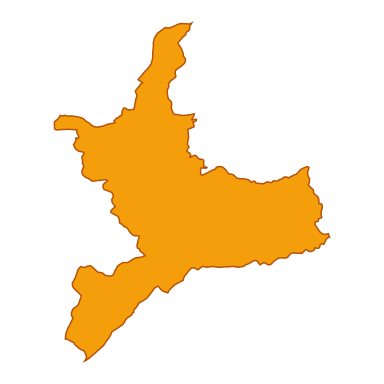 the district of Anh Son, Nghệ An, Vietnam
{"feature_id": "81297802B23970425053168", "entity_name": "Anh Son", "entity_type": "district", "adm_level": 2, "iso_a3": "VNM", "parent_name": "Vietnam", "parent_adm1": "Nghệ An", "projection": "albers", "projection_center": [105.043, 18.967], "detail": "fine", "context": "isolated", "style": "filled", "palette": "amber", "viewbox_px": 384, "rotation_deg": 0, "n_neighbors": 0, "source": "geoboundaries", "source_scale": "gbopen_adm2", "svg_char_len": 5960}
<svg xmlns="http://www.w3.org/2000/svg" viewBox="0 0 384 384"><path d="M191.7,23.0L189.8,24.0L181.8,23.5L179.3,23.8L170.2,27.8L167.6,27.9L165.3,27.5L157.7,33.1L156.4,34.8L154.6,37.8L153.3,42.7L153.4,46.7L152.8,51.8L152.6,58.6L151.2,63.6L150.5,65.0L147.3,69.1L143.6,72.9L141.7,75.6L138.1,79.3L138.3,79.9L142.6,82.5L142.6,83.0L140.6,84.1L140.0,84.7L139.6,85.8L135.5,90.7L135.4,91.8L136.6,94.4L137.0,95.7L135.8,99.4L134.0,109.3L128.1,110.0L125.0,108.0L124.1,108.0L123.6,108.3L122.8,109.6L122.3,110.8L121.6,115.2L120.2,115.9L117.7,117.9L116.4,118.1L115.7,119.3L113.9,120.7L115.0,122.3L115.0,122.8L108.2,124.1L103.2,126.0L99.7,126.8L97.4,127.1L94.3,126.7L91.5,125.2L89.6,123.3L86.1,121.3L84.1,119.4L81.7,117.9L77.8,116.9L74.4,116.3L71.0,115.9L67.6,116.1L64.5,115.3L62.0,116.0L60.0,115.5L59.5,116.9L57.9,118.9L54.8,121.6L54.4,122.2L54.5,128.3L55.0,129.2L55.9,129.8L57.6,129.9L61.9,129.5L68.8,129.3L76.7,129.8L76.8,132.6L78.5,136.1L78.8,137.5L78.1,137.9L75.8,138.1L75.7,138.6L76.2,139.9L76.1,140.2L73.6,144.6L74.5,147.1L75.2,148.3L76.5,149.7L78.9,151.3L82.8,152.0L84.0,153.1L84.0,153.8L81.8,156.9L82.5,160.1L82.6,164.0L83.8,165.9L82.0,170.8L82.0,172.8L82.3,174.0L83.0,175.1L85.5,177.3L88.5,178.5L92.3,181.2L106.2,179.6L107.6,180.6L103.6,184.1L103.2,184.7L103.0,186.6L103.5,188.5L104.1,189.3L105.0,189.8L110.6,191.9L111.9,192.7L112.8,194.1L113.3,197.0L112.2,198.4L111.9,199.4L111.9,201.2L112.2,202.5L115.3,206.7L114.3,207.4L111.4,210.3L110.9,211.1L110.8,212.1L111.2,212.7L117.4,216.1L118.5,217.1L119.4,220.0L119.4,221.7L119.8,223.1L122.5,224.7L124.1,226.6L127.2,227.9L129.3,231.3L130.6,233.0L132.4,234.7L133.9,235.6L135.2,235.9L137.5,235.7L138.9,236.1L139.1,236.6L139.0,237.5L138.3,239.3L136.9,245.8L137.5,248.2L138.6,248.4L139.2,248.8L140.0,251.0L143.5,253.7L145.1,255.8L143.2,256.3L141.6,257.1L136.8,257.7L134.9,258.2L132.2,259.6L129.0,261.9L127.9,262.4L126.3,262.6L122.9,262.6L119.6,264.5L117.3,266.4L116.1,268.9L114.8,270.8L114.0,273.5L113.5,274.5L111.6,275.9L109.8,276.1L106.1,275.5L105.0,275.2L103.1,273.4L102.2,272.9L97.8,272.1L91.7,266.4L90.3,265.8L87.2,266.2L84.6,267.5L83.7,267.4L81.3,266.6L80.8,266.7L79.1,268.1L77.8,270.2L75.8,276.4L74.7,278.8L72.6,282.7L72.3,283.7L72.4,284.8L72.7,286.4L73.9,288.4L77.4,291.6L81.4,295.8L78.5,304.2L77.7,305.4L73.1,309.0L72.5,310.0L71.5,312.8L71.4,314.6L71.8,316.3L72.8,317.5L72.8,318.7L70.7,322.6L69.6,325.1L68.1,327.7L66.8,331.0L66.0,333.4L65.3,339.0L66.2,339.0L68.7,339.9L70.2,340.9L74.1,342.8L75.0,344.9L77.9,347.1L78.6,348.0L80.7,349.4L82.8,350.3L84.3,351.3L85.0,352.4L86.4,356.2L86.4,357.9L85.3,360.2L84.7,361.0L85.9,360.5L89.7,357.8L103.5,345.6L106.9,340.5L109.2,337.5L110.6,335.1L111.8,332.0L112.9,331.0L117.2,328.4L123.0,324.3L126.0,319.4L126.9,318.2L130.3,316.0L131.7,314.8L132.6,313.0L133.8,312.2L133.7,310.5L134.9,308.7L135.7,308.1L136.6,307.0L137.2,305.8L138.2,304.7L138.4,303.6L139.1,303.2L139.2,302.7L141.8,301.6L147.0,298.0L151.2,292.8L154.1,288.7L155.3,287.6L157.7,286.2L158.3,286.4L161.7,290.3L163.5,291.4L167.8,292.9L169.0,290.4L173.4,286.0L176.2,283.9L183.2,280.3L183.6,278.2L184.7,276.0L190.4,268.9L191.9,268.0L193.0,267.8L194.2,267.9L197.9,269.8L200.6,267.7L202.6,266.5L203.7,266.5L206.4,267.2L212.9,266.5L217.6,267.2L221.4,267.2L224.3,266.8L227.8,266.9L232.2,266.4L234.8,266.6L237.8,267.3L243.2,266.5L245.8,264.8L249.5,263.3L253.8,260.7L255.1,260.6L256.5,260.7L257.6,261.4L258.9,263.7L260.1,264.8L263.2,262.9L264.4,262.8L264.9,262.9L267.5,264.5L268.5,264.8L269.7,264.7L271.5,264.0L272.9,262.2L274.8,260.6L277.7,258.6L279.8,257.8L285.0,258.0L287.0,257.7L287.8,257.1L290.6,253.7L292.2,253.0L302.1,253.3L305.2,250.1L306.0,249.7L306.6,249.7L308.5,251.2L309.6,251.5L310.7,251.5L313.6,250.5L314.1,250.0L314.7,247.8L316.4,248.4L318.6,248.1L319.4,247.7L319.7,247.1L319.7,246.2L320.3,244.8L321.3,244.0L322.1,243.6L322.6,243.6L323.5,244.3L323.9,244.3L326.1,239.5L326.6,238.8L327.8,237.8L329.6,237.1L329.0,236.1L328.4,233.7L325.4,234.4L323.5,234.2L321.5,233.3L319.7,231.7L316.2,226.3L314.9,224.8L315.3,221.9L318.2,221.3L318.5,219.0L321.8,217.5L321.0,214.9L321.3,211.4L322.2,208.0L322.3,205.9L321.8,204.4L321.1,203.8L318.9,203.5L318.9,200.1L318.3,197.5L317.0,196.0L314.3,194.0L313.6,192.4L313.5,190.6L313.2,189.8L308.3,185.2L309.4,182.2L309.5,179.9L309.5,178.6L308.3,176.5L307.8,174.6L307.6,172.3L309.0,167.5L308.6,167.1L307.4,166.8L306.3,166.8L302.6,168.5L300.2,169.9L297.0,173.6L296.2,174.3L294.4,174.8L288.5,177.8L286.2,176.9L283.9,177.2L281.5,179.2L279.4,179.6L276.8,181.2L273.9,180.7L272.7,181.3L272.4,182.0L271.5,182.6L269.1,182.3L267.9,181.9L266.6,182.0L264.4,183.3L263.1,183.8L256.5,183.2L255.7,182.8L255.4,181.6L254.2,181.2L253.3,181.2L252.1,182.1L251.0,182.1L250.5,181.8L249.5,180.4L246.6,179.2L237.6,178.4L236.4,177.9L235.5,176.7L233.0,174.6L230.7,174.0L228.6,173.8L225.4,169.5L224.0,168.2L222.6,167.2L219.9,166.5L218.2,166.7L216.7,167.1L215.0,169.1L214.3,169.5L211.9,170.3L208.3,172.4L202.8,174.9L201.7,175.1L200.8,174.4L200.5,170.5L200.9,168.2L201.4,167.9L206.0,168.2L206.9,167.6L206.3,167.1L204.0,166.4L203.7,166.0L203.7,160.7L203.4,160.0L202.6,159.5L199.4,158.9L198.2,158.4L195.8,155.4L194.4,155.4L190.6,157.2L189.9,157.3L189.8,156.9L190.7,155.7L190.7,154.8L189.7,153.1L187.5,151.8L186.9,151.2L186.9,150.9L187.6,149.1L189.0,147.1L187.4,144.2L188.6,136.7L187.8,129.4L194.0,126.9L194.1,126.0L193.0,122.3L195.8,121.2L196.3,120.7L196.5,119.3L196.0,119.2L192.4,120.0L192.0,120.0L191.7,119.5L193.8,116.1L194.2,113.8L189.6,114.8L184.2,115.4L181.4,115.4L178.3,114.7L174.5,114.3L173.6,113.9L171.1,107.9L171.7,104.5L171.5,102.4L170.7,101.0L169.3,99.8L168.3,98.3L168.0,97.6L167.3,93.6L167.4,91.7L167.2,90.2L168.7,87.0L168.7,84.1L168.9,83.1L171.1,80.6L175.4,77.3L175.8,76.7L175.8,75.7L175.1,73.4L175.6,70.5L178.1,68.3L180.6,66.7L184.0,63.8L184.8,62.6L185.5,60.6L185.5,59.3L185.2,58.4L183.8,56.7L183.4,55.8L183.1,53.3L182.5,51.3L180.9,47.8L178.1,43.6L178.0,42.8L182.5,37.5L185.8,34.6L186.1,32.9L186.7,31.9L189.0,30.5L189.5,29.9L189.8,26.2L191.7,23.0Z" fill="#f59e0b" stroke="#b45309" stroke-width="1.5"/></svg>